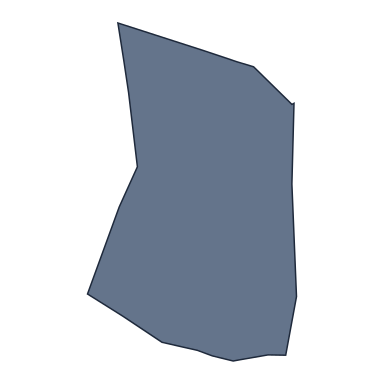 San Pedro Yucunama, Oaxaca, Mexico
{"feature_id": "50627088B3307078777507", "entity_name": "San Pedro Yucunama", "entity_type": "district", "adm_level": 2, "iso_a3": "MEX", "parent_name": "Mexico", "parent_adm1": "Oaxaca", "projection": "natural_earth1", "projection_center": [-97.48, 17.58], "detail": "fine", "context": "isolated", "style": "filled", "palette": "slate", "viewbox_px": 384, "rotation_deg": 0, "n_neighbors": 0, "source": "geoboundaries", "source_scale": "gbopen_adm2", "svg_char_len": 413}
<svg xmlns="http://www.w3.org/2000/svg" viewBox="0 0 384 384"><path d="M294.0,103.3L291.9,104.4L253.6,66.8L237.0,61.8L204.5,50.9L117.9,23.0L123.8,60.6L128.6,92.7L137.4,166.8L119.2,207.0L87.5,294.0L123.0,316.3L162.0,342.3L183.0,347.1L193.3,349.4L197.2,350.3L212.4,355.9L233.2,361.0L240.3,359.7L268.0,354.9L285.7,355.2L296.5,296.6L291.9,184.1L294.0,103.3Z" fill="#64748b" stroke="#1e293b" stroke-width="1.5"/></svg>